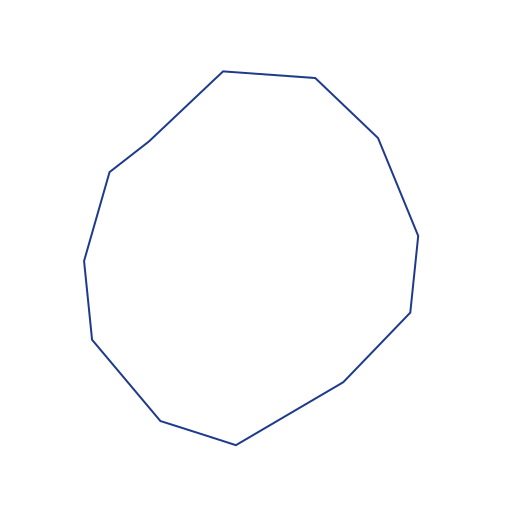 outline of Lankaran City, Lankaran, Azerbaijan, rotated 286°
{"feature_id": "54616110B92317303093203", "entity_name": "Lankaran City", "entity_type": "district", "adm_level": 2, "iso_a3": "AZE", "parent_name": "Azerbaijan", "parent_adm1": "Lankaran", "projection": "robinson", "projection_center": [48.846, 38.741], "detail": "fine", "context": "isolated", "style": "outline", "palette": "blue", "viewbox_px": 512, "rotation_deg": 286, "n_neighbors": 0, "source": "geoboundaries", "source_scale": "gbopen_adm2", "svg_char_len": 365}
<svg xmlns="http://www.w3.org/2000/svg" viewBox="0 0 512 512"><g transform="rotate(286 256 256)"><path d="M413.2,166.8L336.6,121.5L296.3,92.1L203.8,92.1L130.3,121.5L71.0,209.6L70.0,245.3L68.6,288.8L158.8,374.7L197.8,395.4L244.1,419.9L320.0,406.4L396.8,345.7L403.0,340.8L443.4,263.9L424.4,173.5L413.2,166.8Z" fill="none" stroke="#1e3a8a" stroke-width="2"/></g></svg>